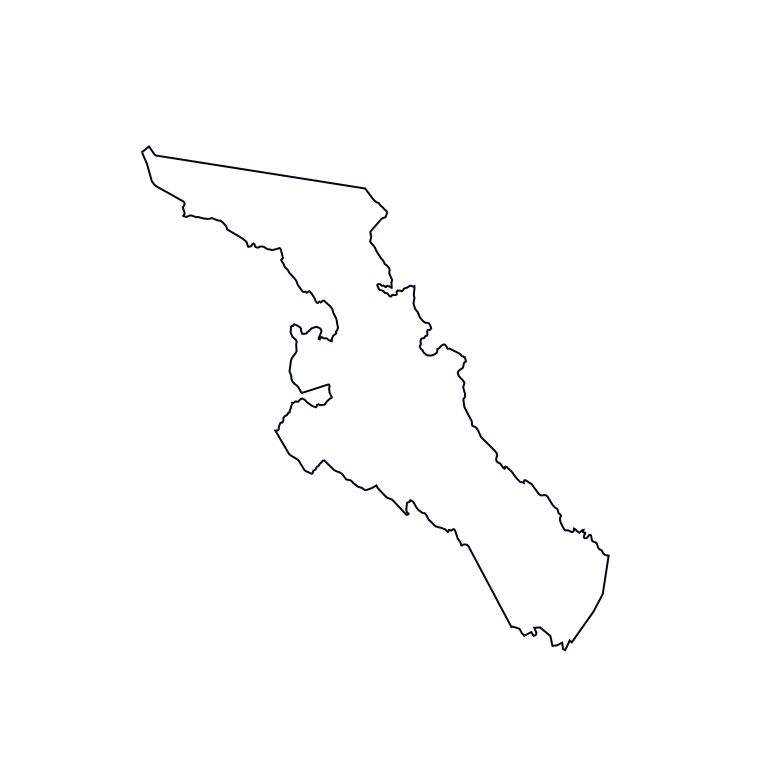 the border of Rift Valley, rotated 152°
{"feature_id": "KEN-890", "entity_name": "Rift Valley", "entity_type": "Province", "adm_level": 1, "iso_a3": "KEN", "parent_name": "Kenya", "parent_adm1": "", "projection": "equal_earth", "projection_center": [36.059, 0.919], "detail": "fine", "context": "isolated", "style": "outline", "palette": "ink", "viewbox_px": 768, "rotation_deg": 152, "n_neighbors": 0, "source": "natural_earth", "source_scale": "10m", "svg_char_len": 6146}
<svg xmlns="http://www.w3.org/2000/svg" viewBox="0 0 768 768"><g transform="rotate(152 384 384)"><path d="M367.9,91.1L370.2,91.3L370.4,95.8L378.4,95.9L378.5,97.2L379.3,99.1L379.2,103.4L379.5,104.5L384.0,109.1L385.6,109.5L385.6,201.0L386.1,203.0L387.2,203.9L389.1,205.0L391.2,204.8L391.5,205.3L390.8,208.5L391.5,212.8L390.0,221.2L390.3,222.8L391.2,223.3L393.5,223.1L394.7,224.5L395.3,224.7L396.8,223.3L397.3,223.4L398.1,226.7L400.5,229.5L405.0,233.8L406.1,236.4L407.1,240.2L408.2,242.9L408.2,248.8L408.6,250.6L410.6,252.1L412.9,256.8L413.4,260.0L413.4,263.6L413.7,266.8L415.3,269.0L416.6,268.0L418.9,268.3L419.7,267.9L422.9,263.3L423.6,261.9L423.9,260.1L423.2,257.8L424.6,257.5L425.3,257.8L425.7,258.3L430.8,277.1L431.2,278.2L434.6,282.1L435.4,284.1L437.9,293.0L438.4,295.6L438.3,298.0L443.2,297.8L448.9,298.5L450.9,299.7L452.4,302.8L454.9,305.2L455.9,307.0L457.3,310.3L458.4,314.1L459.5,315.3L462.2,317.4L463.2,324.4L465.0,327.2L467.4,329.8L468.5,331.6L472.7,344.6L474.3,345.0L476.0,344.2L478.3,343.6L480.0,342.4L482.3,342.4L484.5,340.7L487.1,340.6L488.4,339.2L489.5,338.6L490.0,338.7L493.7,343.5L494.4,344.6L494.7,345.8L495.3,356.3L495.6,357.7L499.8,364.5L500.7,366.9L501.8,393.9L499.5,392.9L498.6,393.1L495.9,396.6L493.6,398.3L492.9,398.3L492.2,397.7L491.4,397.8L490.0,399.0L489.0,401.0L488.2,401.6L486.5,402.2L484.4,402.1L482.1,403.5L480.8,403.2L479.8,404.6L478.0,406.0L476.0,408.3L474.6,409.2L473.8,410.5L472.6,409.8L470.4,410.2L468.4,408.7L464.3,409.9L462.8,409.3L461.3,407.1L460.9,404.9L457.8,398.4L455.2,395.5L454.3,395.6L452.9,396.9L451.5,396.8L450.0,395.2L446.3,393.7L445.4,393.9L442.9,395.3L438.5,396.5L436.8,396.3L436.3,396.9L436.1,402.3L435.4,403.5L435.0,405.1L433.0,407.7L432.9,409.3L433.8,409.8L460.5,414.6L461.0,416.0L461.2,421.8L461.6,423.4L462.9,426.0L463.7,429.2L463.4,432.0L462.0,434.8L461.5,439.5L455.1,448.4L453.0,450.2L447.5,452.8L445.8,454.0L443.0,460.1L441.5,462.0L441.0,463.2L441.1,464.6L442.7,468.6L442.3,472.8L442.0,473.9L439.0,478.4L438.3,478.6L437.0,477.9L435.9,479.0L435.3,478.8L433.9,477.4L431.6,473.6L431.2,471.7L432.2,470.4L432.7,466.8L432.4,466.5L429.2,465.1L421.6,467.1L417.0,466.3L416.2,465.6L414.3,463.1L414.1,461.4L414.2,460.5L415.1,459.2L420.2,455.1L420.5,454.3L419.8,453.6L417.7,454.8L417.0,454.6L415.7,452.6L413.1,451.2L412.3,448.8L410.2,446.3L409.8,446.6L409.2,448.0L406.2,450.5L402.4,451.1L401.8,452.8L399.4,454.0L398.1,455.5L397.0,459.4L396.1,461.6L395.4,464.6L395.4,470.4L394.5,474.5L394.9,477.3L397.8,485.7L399.0,486.3L401.5,485.7L402.4,487.1L404.4,486.6L405.0,487.0L405.4,489.1L405.0,492.0L405.5,497.8L406.2,501.1L409.4,500.9L410.2,502.4L412.3,503.4L412.4,503.8L413.6,512.0L413.0,516.0L413.4,519.3L415.4,526.7L415.4,529.8L415.8,531.4L416.8,533.5L416.3,537.1L416.7,541.3L416.3,542.1L414.6,542.3L414.1,542.7L411.9,551.4L412.3,553.0L419.5,554.5L424.0,558.3L425.6,561.3L426.7,562.4L428.8,563.5L430.7,563.5L431.7,563.8L433.3,565.6L432.8,568.3L433.2,569.3L434.2,569.3L436.6,568.0L439.4,568.8L439.6,569.3L438.7,573.3L439.2,575.5L440.6,578.8L449.9,594.1L449.4,596.8L449.5,598.6L450.5,602.3L451.7,605.0L454.4,606.8L458.0,611.3L460.8,611.9L462.5,612.7L465.7,614.9L469.6,618.6L471.5,619.5L475.1,623.3L476.8,624.1L479.8,624.1L482.3,626.4L482.4,626.7L480.7,627.5L479.8,628.4L478.7,634.3L476.2,635.8L475.2,637.1L475.1,638.1L475.5,639.4L492.6,666.1L493.2,668.0L493.8,672.0L489.9,689.9L489.0,701.0L488.4,702.7L486.4,702.7L480.0,704.1L478.9,694.6L478.0,692.7L308.9,565.5L306.7,551.5L305.4,548.1L303.8,546.3L303.1,542.5L302.3,541.0L301.6,537.9L300.6,535.6L300.7,533.8L304.3,530.6L308.3,531.1L323.8,525.2L324.8,524.5L326.1,520.0L329.4,516.3L329.1,514.3L327.9,509.1L328.3,504.7L327.6,496.3L326.8,493.3L327.0,489.8L325.8,487.2L325.1,483.6L325.2,482.6L327.4,479.3L328.0,472.0L330.0,469.9L331.4,466.5L332.1,465.4L333.4,467.5L334.9,469.1L335.5,469.2L336.6,468.7L337.1,468.9L338.2,471.2L339.8,471.7L340.6,473.8L341.8,474.8L342.9,474.9L343.6,474.4L344.0,470.2L343.5,469.2L340.9,466.4L340.5,464.1L338.5,462.5L338.0,459.3L337.0,458.0L336.3,458.0L335.3,458.7L334.7,458.7L332.3,457.2L331.0,457.0L330.5,457.4L329.6,459.4L328.2,460.1L325.7,458.7L324.6,457.5L323.6,457.6L321.7,458.8L318.6,458.3L315.2,458.5L314.0,458.0L312.5,456.3L311.2,456.1L312.2,454.1L315.7,449.0L316.8,445.5L320.0,441.6L321.3,435.8L320.5,431.6L321.0,426.0L320.2,421.8L319.0,419.0L315.8,416.7L315.8,412.8L316.2,411.0L317.9,410.2L320.3,411.0L321.2,410.2L322.6,407.1L323.3,406.5L325.0,406.8L327.1,405.7L328.8,406.4L330.2,406.2L331.7,404.7L332.6,402.1L334.7,400.3L335.0,398.8L334.9,397.6L334.2,396.2L334.2,393.0L332.6,389.4L331.8,388.6L328.4,386.7L324.8,386.5L322.7,386.9L321.9,387.5L320.3,390.0L318.7,389.6L315.6,390.8L313.4,391.1L312.0,390.4L311.3,388.5L311.4,386.1L311.2,385.2L309.4,384.4L303.5,376.0L302.4,373.8L302.3,372.4L300.1,369.6L300.9,365.7L303.7,364.9L305.7,362.3L306.9,361.3L311.6,360.7L313.5,359.5L314.2,356.4L313.6,353.3L312.6,350.1L312.4,347.3L315.8,343.6L317.1,337.3L318.4,334.6L320.8,333.5L321.3,332.8L323.6,326.7L323.9,325.0L324.0,309.8L325.6,306.2L325.3,305.3L323.4,302.8L323.0,301.5L322.7,298.3L323.3,291.8L317.4,272.7L317.0,269.6L317.6,267.7L319.8,265.7L320.6,264.3L320.8,262.6L320.2,261.2L318.7,259.1L318.0,253.7L317.4,252.6L316.9,252.7L316.1,254.0L315.3,253.9L314.7,253.2L312.3,246.3L311.4,239.6L310.0,234.0L309.6,233.3L307.7,232.2L307.0,231.1L306.6,231.9L305.2,233.0L304.4,232.8L303.9,232.0L300.6,226.1L299.0,214.3L298.3,212.7L297.1,211.6L294.3,210.5L293.1,209.5L292.5,207.7L291.9,198.1L291.2,195.0L289.8,192.6L289.6,191.6L290.5,188.1L289.5,185.6L289.5,184.8L289.8,184.1L291.5,183.2L292.6,180.9L293.1,177.8L293.2,171.5L292.9,169.9L289.8,168.0L288.0,165.3L286.9,164.7L285.4,165.3L284.2,167.2L283.6,166.6L282.7,163.5L281.4,160.9L277.5,161.8L276.3,161.5L277.8,159.9L277.1,158.7L276.2,158.3L276.1,157.9L278.8,155.9L279.5,154.9L279.3,153.8L278.0,152.9L276.9,152.9L273.7,154.3L272.4,153.6L272.5,152.3L273.8,148.5L273.7,147.2L271.5,144.7L271.0,143.5L271.7,139.0L271.5,137.2L269.9,134.7L269.9,131.2L269.1,129.4L267.8,128.1L266.2,127.0L289.5,95.8L306.0,84.6L339.5,67.7L340.5,70.3L349.0,63.9L350.3,66.0L348.1,72.0L353.9,72.0L358.2,73.7L355.4,83.4L360.5,95.8L365.7,98.2L366.3,92.6L367.9,91.1Z" fill="none" stroke="#020617" stroke-width="2"/></g></svg>